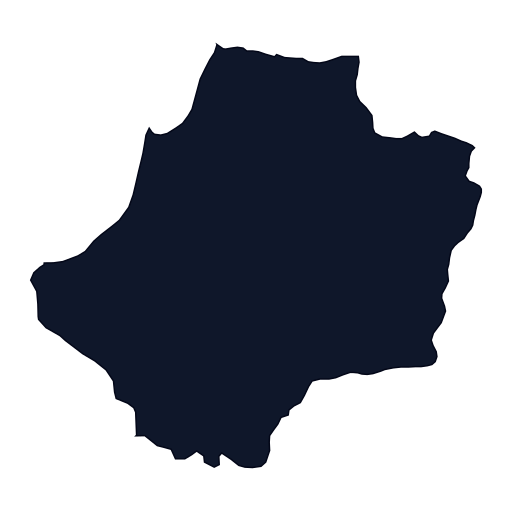 outline of Lubok Antu, Sarawak, Malaysia
{"feature_id": "92858781B44551979255249", "entity_name": "Lubok Antu", "entity_type": "district", "adm_level": 2, "iso_a3": "MYS", "parent_name": "Malaysia", "parent_adm1": "Sarawak", "projection": "natural_earth1", "projection_center": [111.911, 1.298], "detail": "fine", "context": "isolated", "style": "filled", "palette": "ink", "viewbox_px": 512, "rotation_deg": 0, "n_neighbors": 0, "source": "geoboundaries", "source_scale": "gbopen_adm2", "svg_char_len": 2501}
<svg xmlns="http://www.w3.org/2000/svg" viewBox="0 0 512 512"><path d="M136.0,435.8L144.8,435.6L151.6,441.0L157.3,445.6L163.7,447.2L171.2,449.3L175.5,458.8L184.8,458.8L191.6,454.7L196.6,451.0L203.8,455.9L204.5,462.1L214.2,467.1L219.2,464.6L218.8,456.3L221.7,453.0L231.0,459.2L238.8,465.4L244.9,467.1L252.4,467.5L261.0,466.3L265.7,462.1L269.6,450.5L269.2,442.3L269.6,435.6L273.9,429.4L277.8,424.1L281.0,417.4L288.2,415.0L288.9,410.0L293.9,405.9L300.3,402.6L304.3,395.5L308.6,386.4L312.1,381.0L320.0,379.0L329.0,379.0L335.7,377.7L342.9,374.8L350.0,372.4L353.3,372.4L357.9,372.8L361.8,374.0L367.2,374.4L372.9,373.6L380.8,371.1L384.7,369.5L393.3,367.8L400.8,367.0L408.3,367.0L415.1,366.6L420.9,366.6L427.3,365.7L431.9,364.5L435.2,361.6L436.9,356.6L436.2,351.7L433.0,345.5L431.2,340.1L433.4,333.1L437.7,327.3L441.2,322.7L445.5,311.1L444.5,306.2L441.6,298.3L441.9,293.8L445.2,288.0L448.4,281.0L447.7,274.3L447.3,269.4L448.7,264.4L449.5,257.8L451.2,250.3L454.5,245.8L458.0,242.5L463.8,238.4L467.3,233.0L470.9,228.8L472.7,225.1L473.4,220.6L474.8,215.2L475.9,209.4L477.0,204.9L480.2,196.6L481.3,192.4L481.3,189.1L479.5,186.2L473.8,182.9L469.1,181.3L465.2,175.9L467.0,170.9L468.8,167.6L468.8,163.5L469.5,156.1L471.3,151.1L474.5,147.8L472.3,145.7L466.3,142.8L461.3,141.2L454.8,138.3L441.2,133.7L434.8,131.2L431.6,132.5L429.4,136.2L421.9,137.4L418.3,135.8L414.4,132.1L407.3,136.2L401.9,138.7L396.2,138.7L390.5,137.9L382.2,137.0L374.7,132.9L372.9,128.3L372.6,122.6L371.9,115.5L366.1,107.7L359.7,101.5L356.5,95.3L355.4,87.4L355.4,80.8L357.2,74.6L357.9,68.4L359.0,62.2L358.3,56.4L348.3,56.4L341.8,56.4L332.5,59.7L326.1,61.8L319.7,63.0L313.6,62.6L308.2,61.8L302.5,58.5L296.4,58.5L284.6,57.6L276.6,54.6L274.6,56.8L265.7,54.3L258.5,51.8L252.8,51.0L246.7,51.0L243.1,48.1L237.4,47.3L231.3,48.1L225.6,49.1L223.1,48.8L216.9,44.5L217.0,44.8L214.5,52.7L209.9,59.7L205.2,68.8L200.2,79.1L197.4,89.5L192.0,109.4L188.1,116.0L182.6,123.4L176.2,127.9L167.3,133.5L160.8,135.1L154.4,134.3L151.9,132.2L149.2,128.2L146.0,135.1L144.8,142.8L143.0,153.3L141.2,161.0L138.6,171.6L135.9,183.5L133.2,194.9L128.8,207.3L119.4,220.3L112.3,226.1L101.3,234.6L93.8,241.2L85.3,251.5L77.8,256.0L62.9,261.6L53.3,262.9L44.2,263.0L44.0,264.8L40.0,267.3L33.9,272.7L30.7,280.1L33.2,284.7L36.8,291.3L37.9,304.1L38.2,316.5L38.6,319.4L46.1,327.7L60.0,335.6L65.4,340.5L82.9,353.8L94.7,360.8L106.1,369.9L113.5,381.0L114.6,392.1L116.2,398.5L127.7,403.2L133.8,407.7L135.7,412.2L136.6,435.2L136.0,435.8Z" fill="#0f172a" stroke="#020617" stroke-width="1.5"/></svg>